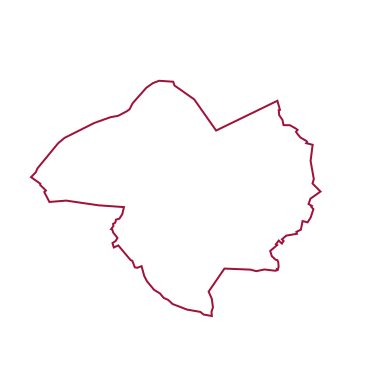 the district of Cork City South East Lea-6, Cork, Ireland, rotated 327°
{"feature_id": "5873133B31894390357020", "entity_name": "Cork City South East Lea-6", "entity_type": "district", "adm_level": 2, "iso_a3": "IRL", "parent_name": "Ireland", "parent_adm1": "Cork", "projection": "orthographic", "projection_center": [-8.409, 51.872], "detail": "fine", "context": "isolated", "style": "outline", "palette": "rose", "viewbox_px": 384, "rotation_deg": 327, "n_neighbors": 0, "source": "geoboundaries", "source_scale": "gbopen_adm2", "svg_char_len": 1506}
<svg xmlns="http://www.w3.org/2000/svg" viewBox="0 0 384 384"><g transform="rotate(327 192 192)"><path d="M236.3,89.3L225.0,80.8L218.5,79.4L210.5,79.7L190.3,85.3L185.0,88.5L181.8,88.8L171.6,87.9L164.4,84.9L147.8,80.9L114.6,77.2L106.3,78.2L75.3,88.0L71.9,90.3L65.1,91.9L69.3,102.5L68.5,103.4L70.3,111.2L68.1,111.6L67.0,122.7L81.8,130.7L106.3,152.2L126.7,167.6L121.5,172.6L116.6,174.8L113.2,173.8L110.9,175.9L108.4,175.8L107.6,177.7L103.9,179.1L104.7,180.1L103.8,183.1L104.5,189.9L101.2,191.5L97.5,191.5L96.2,195.9L101.1,196.7L103.4,215.6L104.5,217.2L103.0,224.0L104.7,225.7L109.3,226.7L106.2,236.4L105.6,242.2L106.9,253.4L109.9,259.7L110.6,265.5L113.2,269.4L114.7,275.4L123.8,287.9L133.7,297.1L134.9,301.0L141.1,306.8L143.0,303.2L146.7,300.2L150.4,292.5L151.7,284.6L177.5,273.9L198.7,288.9L202.8,293.4L210.5,296.4L219.1,303.5L220.6,303.4L220.7,304.8L221.3,303.1L221.8,303.8L223.9,301.9L226.2,297.7L226.5,295.6L225.2,294.2L224.0,289.3L225.5,284.0L234.5,282.9L233.9,281.5L238.3,280.0L239.3,284.2L242.1,283.0L241.7,280.7L247.2,279.9L257.3,284.2L257.8,282.3L262.8,282.9L268.9,276.6L272.4,280.4L277.7,278.0L284.5,272.5L284.0,269.4L285.0,269.0L283.2,265.6L287.7,262.1L300.0,261.6L297.7,250.5L301.2,247.5L308.4,230.5L318.9,218.1L314.4,213.3L315.8,212.8L315.7,211.4L312.6,205.4L312.0,199.7L312.0,198.2L314.4,197.4L313.6,195.3L310.5,189.3L305.2,185.8L307.1,180.8L307.0,175.0L309.3,170.6L310.5,171.0L313.3,162.0L245.7,153.6L244.3,115.6L235.3,93.1L236.3,89.3Z" fill="none" stroke="#9f1239" stroke-width="2"/></g></svg>